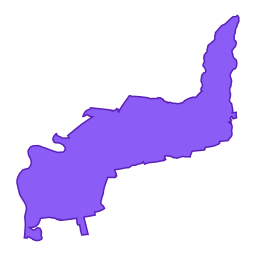 outline of Tantareni, Gorj, Romania
{"feature_id": "2599482B87643568907682", "entity_name": "Tantareni", "entity_type": "district", "adm_level": 2, "iso_a3": "ROU", "parent_name": "Romania", "parent_adm1": "Gorj", "projection": "albers", "projection_center": [23.539, 44.621], "detail": "fine", "context": "isolated", "style": "filled", "palette": "violet", "viewbox_px": 256, "rotation_deg": 0, "n_neighbors": 0, "source": "geoboundaries", "source_scale": "gbopen_adm2", "svg_char_len": 5769}
<svg xmlns="http://www.w3.org/2000/svg" viewBox="0 0 256 256"><path d="M227.9,140.6L231.2,136.5L231.7,135.7L231.9,134.8L232.0,133.9L231.6,130.7L232.2,126.6L232.0,125.8L231.6,124.6L230.4,123.5L231.3,123.0L231.0,122.1L230.2,122.4L229.5,122.8L228.8,122.1L229.2,122.0L230.4,121.3L231.5,120.2L230.1,118.4L231.6,116.4L232.2,116.8L232.3,117.6L232.9,118.0L233.0,118.6L233.8,118.8L234.3,118.4L234.8,118.3L235.1,118.0L236.1,118.1L236.5,117.7L236.1,114.4L236.2,112.3L233.7,112.6L232.1,112.6L232.7,111.4L232.8,110.2L231.7,104.2L231.6,103.7L229.8,101.7L229.6,101.0L229.4,100.1L229.8,98.5L230.3,97.0L230.5,94.4L230.5,93.3L230.0,92.4L229.6,90.5L229.8,89.7L229.7,89.0L230.5,86.9L230.9,86.2L231.1,83.7L231.4,82.2L231.7,81.5L231.4,80.0L231.2,79.7L231.2,79.1L230.5,77.2L230.1,75.6L230.3,74.3L230.6,73.6L232.6,70.0L233.6,69.2L234.9,68.9L235.6,68.2L236.4,66.5L236.7,65.0L236.8,62.6L236.3,60.4L236.1,60.5L235.5,59.3L234.3,58.5L233.2,56.7L232.9,55.4L232.8,54.2L232.5,53.9L232.0,51.4L232.1,50.2L233.1,49.4L233.6,48.3L234.7,47.2L235.0,46.9L235.2,46.3L235.5,46.0L235.7,45.5L235.8,44.8L236.0,44.5L236.3,43.3L236.1,42.4L235.9,41.3L235.7,41.0L235.0,40.7L234.2,39.5L234.1,37.9L234.2,37.0L234.0,35.7L234.2,35.0L235.2,33.0L235.4,30.6L235.3,29.8L235.5,29.2L237.0,26.1L237.3,25.2L237.6,23.5L238.0,23.1L238.5,22.0L238.6,21.6L239.0,21.0L238.9,20.5L238.7,19.1L238.9,17.7L237.5,15.4L235.9,16.6L234.7,16.8L233.3,16.6L232.7,16.9L230.4,18.9L225.1,24.0L222.3,25.3L221.1,26.2L215.4,32.7L215.3,33.1L215.6,34.1L215.0,35.1L214.9,35.6L214.8,37.0L215.0,38.5L214.9,38.9L214.2,40.1L213.1,41.3L212.5,41.8L211.7,42.2L210.7,43.3L208.7,44.8L207.9,45.9L207.6,47.8L207.2,49.3L207.0,49.9L207.3,50.9L207.3,51.5L205.6,53.2L205.1,54.2L204.3,55.0L204.2,55.3L204.1,56.4L203.8,57.4L204.1,59.8L204.4,60.3L204.5,60.9L204.2,61.7L204.3,62.0L204.1,62.7L203.7,63.1L203.2,64.1L203.0,65.8L203.2,66.2L204.6,67.6L205.1,68.5L205.3,69.5L205.9,70.7L205.5,72.0L205.3,72.3L204.3,72.6L203.7,72.9L202.5,74.3L201.7,75.6L201.6,76.3L201.6,77.2L201.1,79.5L201.1,81.0L201.3,82.0L202.1,83.1L202.4,85.2L202.2,86.6L201.3,87.9L201.0,88.7L200.9,89.8L201.3,90.6L202.1,91.1L201.3,91.7L200.3,92.3L200.4,92.8L199.9,93.0L198.6,94.3L198.2,94.4L197.9,95.1L195.6,97.4L193.2,97.1L192.5,97.4L190.5,97.8L186.5,99.6L184.3,100.9L183.5,102.0L182.6,102.7L182.4,102.6L182.0,102.7L178.2,103.8L174.8,103.3L173.1,103.3L169.5,102.2L168.8,102.4L168.1,103.1L167.4,102.7L167.4,102.1L167.2,102.0L166.1,101.9L164.7,101.0L164.4,101.2L163.9,100.9L163.0,100.0L163.2,99.5L163.1,99.2L160.8,98.3L160.8,97.9L160.6,97.8L159.2,97.8L158.0,97.6L157.8,98.4L155.5,98.5L149.8,98.6L148.4,97.9L146.7,97.6L140.3,96.8L134.7,96.4L131.8,96.4L131.5,96.1L129.4,95.7L126.1,100.3L125.5,101.3L124.9,101.9L121.9,106.3L119.7,109.8L118.6,112.0L117.9,111.2L118.2,110.6L118.2,109.2L117.2,109.0L116.5,108.6L116.2,109.4L115.0,110.5L114.2,110.2L114.0,110.3L113.9,110.6L113.0,110.9L112.7,110.8L112.4,111.0L112.0,110.9L111.8,110.6L111.9,110.4L111.1,110.3L110.6,109.9L110.0,110.1L107.3,109.6L90.7,107.8L89.5,109.3L87.4,110.1L86.4,110.7L85.4,111.6L84.7,112.4L83.3,115.3L82.9,116.4L84.5,116.1L87.3,114.5L88.5,115.6L90.0,116.3L90.2,116.5L92.6,116.8L81.4,124.4L77.8,127.5L77.8,127.3L67.8,135.5L69.0,138.0L64.2,138.1L63.2,138.2L62.4,138.1L60.7,137.1L57.4,135.7L56.7,134.9L56.9,134.8L56.4,133.6L56.1,133.7L54.4,135.5L53.9,136.3L53.3,137.6L53.0,138.7L53.0,139.8L53.4,141.0L54.0,142.0L54.5,142.4L55.4,142.8L57.2,142.8L59.9,143.1L62.9,144.8L64.1,146.1L65.3,148.1L65.3,148.7L64.9,149.7L64.2,151.2L63.8,151.6L63.0,152.1L57.7,152.3L56.9,152.2L51.4,150.4L45.2,148.0L42.4,147.2L39.9,146.1L38.1,145.6L33.0,145.9L30.8,146.8L30.3,147.3L28.7,149.6L28.2,150.5L28.1,151.3L28.3,153.6L28.8,155.5L30.7,159.2L31.0,160.2L31.2,161.5L31.2,162.9L31.0,164.3L30.7,165.1L30.0,166.6L28.9,167.9L28.2,168.4L22.9,169.8L22.4,170.3L21.7,171.4L19.9,173.2L19.1,174.5L17.7,177.7L17.0,180.2L17.0,183.0L19.5,193.8L20.8,196.6L24.5,202.4L25.9,205.2L26.2,206.4L26.4,208.6L26.4,209.4L26.2,210.5L25.1,214.9L24.8,216.6L25.3,223.4L25.3,226.1L24.7,234.9L24.3,237.8L27.0,238.1L27.3,237.9L27.5,236.9L28.1,236.7L28.5,236.8L32.4,238.8L32.5,238.9L32.5,239.1L32.6,239.3L34.3,240.0L36.4,240.6L39.0,240.4L41.3,239.4L41.8,238.8L42.0,238.1L41.9,237.4L41.0,235.2L41.4,233.5L41.5,232.0L41.0,230.3L40.0,228.4L38.7,227.9L37.3,227.9L36.6,228.3L36.4,228.8L35.9,228.9L34.2,230.1L33.7,230.3L31.3,228.8L29.6,227.5L31.2,227.6L35.2,226.7L36.2,226.1L38.4,224.0L39.5,221.5L40.5,218.5L43.0,218.0L48.7,217.4L50.1,217.4L52.5,218.0L54.5,218.1L55.9,218.7L57.1,219.5L58.2,219.3L58.3,219.8L59.8,219.4L60.0,220.4L69.5,219.3L76.7,218.3L76.6,218.7L76.9,219.6L76.8,220.4L77.0,221.6L76.9,222.4L77.4,224.2L78.0,225.0L79.6,224.8L80.5,229.6L80.5,230.4L81.8,235.0L86.1,234.6L86.9,234.3L88.1,234.4L83.9,217.1L95.1,215.1L94.8,212.1L99.0,211.3L102.8,209.6L104.5,208.5L104.4,208.0L103.3,206.1L101.3,204.2L100.8,203.5L100.8,202.8L101.0,201.4L102.1,196.6L102.5,195.8L103.4,192.8L103.3,192.1L103.9,188.9L105.0,185.0L107.8,177.3L110.8,177.5L115.5,177.4L115.6,176.1L116.6,176.0L116.2,173.6L115.2,171.7L115.0,170.7L114.8,169.7L119.9,169.0L125.8,167.8L128.5,167.7L129.6,167.2L131.3,165.9L133.0,165.2L133.7,165.1L134.7,165.3L135.3,165.2L137.9,164.2L141.0,163.5L141.7,163.1L142.5,163.0L142.8,162.8L142.9,162.1L143.1,162.0L143.4,161.7L144.5,164.1L147.7,163.0L149.6,162.6L156.1,161.9L164.4,160.4L164.0,159.6L165.6,159.4L164.5,156.3L165.6,156.0L165.9,155.6L167.1,155.7L167.8,156.1L169.7,156.0L170.3,156.3L171.3,156.6L172.5,157.2L173.1,157.3L173.8,157.7L174.7,157.7L177.2,158.2L179.4,157.3L180.4,157.1L181.6,156.6L183.5,156.5L185.5,156.9L187.9,156.7L190.2,156.9L190.8,154.4L192.2,151.2L204.6,150.0L205.1,148.3L205.1,147.3L205.2,147.2L206.7,147.2L210.9,146.6L214.7,145.7L216.3,144.9L216.8,144.9L217.5,144.4L218.6,144.1L218.7,143.7L219.7,143.0L219.7,141.4L227.9,140.6Z" fill="#8b5cf6" stroke="#5b21b6" stroke-width="1.5"/></svg>